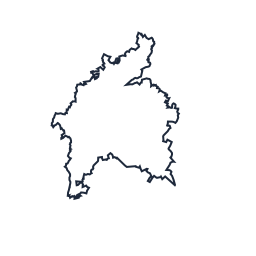 San Luis De Sincé, Sucre, Colombia, rotated 31°
{"feature_id": "7082276B69814222913428", "entity_name": "San Luis De Sincé", "entity_type": "district", "adm_level": 2, "iso_a3": "COL", "parent_name": "Colombia", "parent_adm1": "Sucre", "projection": "robinson", "projection_center": [-75.111, 9.253], "detail": "fine", "context": "isolated", "style": "outline", "palette": "slate", "viewbox_px": 256, "rotation_deg": 31, "n_neighbors": 0, "source": "geoboundaries", "source_scale": "gbopen_adm2", "svg_char_len": 5707}
<svg xmlns="http://www.w3.org/2000/svg" viewBox="0 0 256 256"><g transform="rotate(31 128 128)"><path d="M161.1,85.5L159.8,86.3L157.9,86.8L157.7,85.5L156.9,83.7L155.6,83.3L154.3,83.5L154.0,84.5L154.1,85.7L155.3,87.9L154.6,88.6L153.9,88.5L153.2,88.8L151.5,90.1L151.7,88.6L150.6,88.5L150.6,88.8L149.7,88.8L149.6,86.7L146.4,86.9L146.4,84.9L148.4,84.7L148.0,81.3L147.5,81.8L146.9,81.7L145.8,82.0L144.9,81.6L144.7,80.8L144.8,79.8L144.5,79.4L143.8,80.5L143.0,81.1L142.5,78.9L140.0,79.3L136.7,79.1L135.9,80.5L135.5,78.8L134.8,78.2L134.0,78.1L132.3,78.9L131.9,77.9L132.0,77.4L130.3,77.5L129.7,76.8L129.2,77.4L129.2,77.2L127.5,77.7L126.3,80.3L125.5,78.6L123.7,76.9L122.9,75.7L122.2,75.2L121.2,74.9L119.4,75.7L118.5,75.8L115.1,79.4L116.3,82.0L115.6,82.4L115.5,84.8L112.2,84.2L111.5,85.3L110.9,85.7L109.3,88.3L107.5,89.3L104.3,91.9L106.5,84.8L107.4,83.7L107.7,82.5L108.4,81.3L110.0,80.8L110.7,80.2L111.2,79.0L112.6,77.2L110.9,71.9L110.7,72.0L109.8,71.0L109.4,70.9L111.8,66.8L113.9,64.9L114.5,64.0L114.2,61.6L113.6,60.9L113.2,60.7L111.9,60.8L111.7,61.1L111.3,60.9L111.1,60.5L111.2,60.2L110.6,59.2L110.1,59.6L109.4,59.6L109.4,57.8L109.8,57.8L108.7,56.6L109.3,54.9L109.1,54.5L109.4,51.3L108.6,49.2L107.5,48.7L107.5,48.3L107.2,48.1L107.1,47.4L107.4,47.4L107.4,47.1L107.0,47.1L106.8,46.4L107.2,46.2L106.9,46.3L106.7,45.5L106.3,45.5L106.4,45.2L106.8,45.4L107.2,44.9L107.2,44.5L107.1,43.5L107.3,43.6L107.3,42.1L106.7,41.7L106.0,40.6L105.0,40.7L103.6,39.1L102.1,38.4L101.8,38.4L100.0,41.2L97.5,41.2L94.5,39.6L93.9,42.3L91.4,40.6L91.3,41.3L89.7,40.8L87.9,41.0L88.2,41.9L88.6,44.8L89.3,45.6L90.2,45.5L90.6,45.8L90.5,47.1L91.3,49.3L91.5,50.9L94.3,51.2L94.7,52.2L95.5,52.5L95.5,53.1L94.3,56.4L94.2,57.3L92.3,57.3L91.2,57.9L90.1,57.9L89.2,60.3L89.7,62.2L87.8,62.6L87.1,64.5L87.2,66.1L88.7,67.2L88.8,67.6L86.1,68.5L83.7,71.2L86.1,74.5L86.3,76.3L86.1,76.3L85.9,77.9L84.7,78.3L84.8,76.1L84.6,76.0L84.3,74.1L83.1,73.7L82.2,74.5L82.9,78.4L82.9,80.2L81.7,79.5L81.1,80.6L79.2,81.0L76.3,79.9L76.2,76.0L73.7,76.9L69.4,77.1L69.9,81.7L71.2,82.3L71.3,83.0L71.8,83.1L72.4,84.2L73.6,84.5L74.6,85.0L73.9,86.1L73.7,87.1L74.3,87.5L75.4,87.3L76.8,88.0L76.8,90.8L72.9,90.0L71.3,92.9L72.0,92.8L72.5,93.1L73.5,94.2L73.3,94.7L72.3,95.6L71.3,95.8L70.1,97.2L68.8,97.2L67.4,98.9L68.1,99.6L68.5,99.2L69.3,99.1L71.2,100.6L73.1,98.0L73.4,98.2L74.2,97.0L74.9,96.5L76.1,99.5L74.8,100.5L75.6,101.5L74.5,103.1L72.0,100.5L71.6,101.0L71.3,102.3L71.9,102.3L71.3,104.4L71.1,104.3L71.1,107.4L66.7,111.0L69.3,111.9L68.3,113.1L67.5,113.1L67.8,114.2L64.9,114.9L64.8,114.2L64.3,114.2L64.5,114.8L64.3,115.0L64.4,115.4L62.2,117.0L62.8,118.6L62.7,120.1L64.9,122.2L65.4,122.9L65.4,123.3L64.5,125.2L65.6,125.5L65.9,127.3L66.2,127.7L66.5,128.8L67.7,129.4L69.5,132.4L68.5,132.6L67.7,133.3L67.0,133.5L66.1,136.4L67.3,137.0L67.5,137.5L67.2,139.2L67.5,140.1L66.5,140.2L67.1,143.6L66.0,143.8L66.8,145.4L67.9,146.7L66.6,147.3L66.9,148.8L65.1,149.6L62.8,150.0L60.5,152.0L58.4,152.5L58.7,153.5L58.7,155.2L59.3,157.1L59.1,159.1L60.4,161.4L60.2,163.1L61.1,164.4L63.5,165.8L63.6,165.1L63.4,165.3L63.1,165.1L63.2,164.8L62.5,164.9L64.5,162.7L65.2,159.9L65.5,159.9L67.8,160.4L68.9,161.2L70.8,163.3L71.3,162.4L72.3,163.0L73.7,163.1L73.9,163.4L74.5,163.1L76.2,165.2L74.8,168.2L76.1,169.1L75.9,170.9L76.4,171.6L77.5,169.9L78.3,166.8L80.4,166.6L81.5,166.8L81.9,166.0L84.0,166.6L85.7,168.2L86.6,169.7L86.2,170.4L86.6,171.3L86.5,171.9L87.8,172.7L88.2,174.4L88.8,174.8L88.8,175.6L89.2,175.8L89.4,175.6L89.6,175.6L89.3,176.0L89.5,176.8L90.4,176.9L90.7,177.4L90.3,179.8L90.9,182.9L93.1,183.7L94.6,183.5L94.5,185.6L94.2,186.9L94.5,188.5L94.4,189.7L93.4,190.5L94.3,192.4L93.8,193.7L96.1,194.0L97.7,195.4L99.6,196.0L102.1,197.4L103.1,199.0L103.3,200.6L104.1,201.9L104.6,202.7L106.3,203.8L106.9,204.8L107.8,207.3L108.5,208.7L108.3,208.8L109.3,211.7L109.8,214.0L111.2,216.9L111.7,216.4L111.6,216.9L111.9,217.0L112.9,216.3L114.3,217.6L115.3,215.1L115.7,214.9L115.7,215.4L117.2,214.6L117.3,214.2L118.0,214.8L118.6,216.2L120.7,214.1L119.5,214.1L119.5,213.4L118.9,213.2L119.0,212.6L119.8,212.7L121.0,212.2L121.2,212.4L121.7,212.1L121.7,211.1L122.3,210.5L121.2,210.4L119.6,210.6L120.9,208.5L121.0,207.4L123.5,206.2L126.0,205.5L125.2,202.8L125.3,199.3L123.4,199.6L121.8,198.9L119.5,202.0L118.7,200.5L118.6,199.6L116.1,198.5L115.6,198.5L114.4,202.7L113.5,203.5L111.1,200.4L115.6,198.2L116.7,197.2L115.6,195.8L115.8,195.0L115.5,194.6L116.1,194.3L114.9,192.5L114.2,190.0L115.7,189.9L116.3,189.5L117.3,188.1L119.1,187.5L119.7,186.0L120.1,185.5L118.9,184.8L118.2,183.3L118.3,182.4L119.1,181.7L119.1,180.5L118.1,179.4L117.8,177.8L119.3,172.0L119.1,171.2L117.7,168.7L120.6,166.3L121.2,167.2L122.9,168.4L125.5,166.1L125.6,166.5L126.2,166.3L126.6,163.9L127.0,163.7L124.8,161.8L125.9,158.6L128.1,158.9L129.5,159.9L130.5,161.1L131.6,159.8L134.0,159.9L134.0,159.2L144.6,161.7L147.0,162.0L154.2,156.8L154.6,157.2L157.8,156.4L157.9,154.8L160.0,156.6L162.1,158.0L165.1,153.3L165.8,153.1L165.8,155.2L166.1,155.4L168.1,155.8L170.1,155.5L172.9,157.3L172.2,159.4L172.3,163.2L174.5,163.1L174.6,158.0L175.0,155.6L177.8,155.9L178.5,155.8L181.3,153.2L181.3,152.7L183.7,154.2L184.8,150.4L197.6,152.9L197.6,152.6L193.7,148.9L190.4,146.3L188.2,145.5L187.8,143.2L186.5,142.7L185.2,142.8L182.5,144.2L182.7,138.1L182.3,135.8L183.7,133.7L184.8,133.2L179.6,131.5L179.7,130.8L180.0,130.6L179.4,128.1L178.6,126.8L176.7,125.9L174.0,125.3L173.5,125.0L173.3,124.6L173.3,121.4L172.7,117.5L167.8,117.7L168.0,120.4L164.9,121.2L164.6,120.1L162.4,117.0L162.3,116.0L163.7,110.3L163.7,107.6L164.4,106.1L162.6,104.6L161.8,104.8L161.2,105.5L160.3,105.7L159.8,103.6L158.9,101.9L162.6,99.8L164.1,99.3L166.0,99.2L166.3,97.1L165.7,93.2L164.1,91.4L164.2,89.5L162.7,89.4L161.7,88.5L161.5,86.2L161.1,85.5Z" fill="none" stroke="#1e293b" stroke-width="2"/></g></svg>